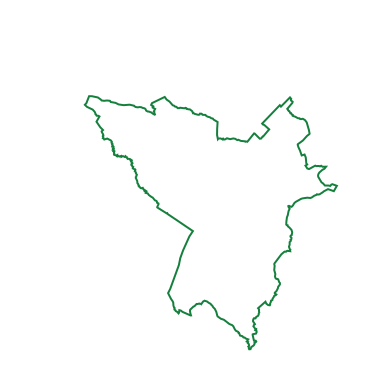 Amozoc, Puebla, Mexico (Albers equal-area conic projection), rotated 292°
{"feature_id": "50627088B614653988957", "entity_name": "Amozoc", "entity_type": "district", "adm_level": 2, "iso_a3": "MEX", "parent_name": "Mexico", "parent_adm1": "Puebla", "projection": "albers", "projection_center": [-98.054, 19.064], "detail": "fine", "context": "isolated", "style": "outline", "palette": "green", "viewbox_px": 384, "rotation_deg": 292, "n_neighbors": 0, "source": "geoboundaries", "source_scale": "gbopen_adm2", "svg_char_len": 6025}
<svg xmlns="http://www.w3.org/2000/svg" viewBox="0 0 384 384"><g transform="rotate(292 192 192)"><path d="M312.3,251.7L313.4,251.5L313.9,249.6L314.6,249.1L315.5,249.1L316.4,247.4L304.5,242.5L305.4,240.9L281.7,231.4L281.1,232.7L281.3,233.4L281.0,234.5L279.0,240.1L270.2,237.2L270.2,236.9L268.4,236.2L267.6,236.2L266.8,234.9L269.7,228.1L269.6,227.6L259.3,224.5L259.1,222.9L258.6,222.6L258.7,221.6L257.7,218.3L257.8,215.4L257.1,214.5L257.5,212.0L257.1,210.2L255.3,207.6L254.9,204.3L253.1,202.9L252.6,202.0L252.6,201.7L253.2,200.9L252.7,200.3L252.2,200.4L252.4,198.5L251.5,196.4L250.7,196.2L254.2,193.9L259.9,191.7L266.5,189.5L267.2,185.0L267.9,183.7L267.6,182.2L268.0,180.7L267.7,178.2L267.9,176.7L268.5,175.6L267.5,172.8L268.0,172.1L268.1,171.3L267.6,170.0L266.6,170.0L265.9,168.9L265.4,164.9L265.9,163.7L265.5,163.3L267.0,161.9L267.8,159.1L267.2,157.2L267.4,156.5L267.0,155.8L267.6,155.2L267.6,154.5L266.7,153.5L265.7,149.4L265.1,149.0L264.4,147.4L265.1,145.6L264.8,144.4L265.3,143.2L265.2,141.6L267.4,137.3L268.2,133.8L269.9,131.1L259.4,121.6L257.4,121.5L257.0,123.9L256.3,123.7L256.3,124.2L255.5,124.2L255.2,126.7L252.5,126.4L252.2,127.1L251.2,127.4L250.0,128.6L249.7,128.4L250.0,126.1L250.5,124.7L250.4,121.8L250.0,120.6L250.3,119.0L251.4,117.9L251.8,116.8L251.5,114.7L251.6,113.2L251.1,111.5L250.2,110.1L249.7,108.0L250.0,106.3L250.3,106.0L249.6,101.5L246.9,96.1L245.7,91.1L246.0,87.7L245.0,82.9L245.8,81.8L245.6,80.9L244.9,78.7L243.6,76.3L243.0,73.9L243.6,72.7L244.4,69.3L243.3,63.2L242.3,60.7L234.8,60.8L232.7,60.0L231.6,62.7L231.2,69.1L229.9,71.7L228.2,73.5L227.9,73.5L227.7,74.2L227.0,75.0L227.6,76.7L227.4,77.9L221.4,77.1L217.6,82.8L216.1,86.3L214.4,85.5L213.7,86.0L212.4,87.7L211.4,88.6L210.6,88.3L210.2,88.4L209.7,89.3L208.5,89.2L208.4,90.1L207.8,91.0L209.8,93.4L209.4,97.5L208.5,98.9L207.5,98.9L207.1,100.0L206.3,100.0L206.1,100.6L204.4,100.9L204.9,101.9L204.5,102.4L203.9,102.3L203.1,103.1L202.6,102.5L202.1,103.0L201.4,102.8L201.4,103.8L200.4,103.8L200.6,104.8L199.2,104.9L198.7,105.5L197.9,105.4L197.3,105.9L197.5,108.0L198.1,108.6L197.1,108.8L196.9,109.4L197.1,109.7L198.0,109.6L197.7,111.4L198.9,112.8L198.1,113.3L199.4,114.5L199.3,116.4L200.3,116.9L199.6,117.7L199.8,118.6L199.3,118.8L198.6,120.0L199.0,120.5L199.3,122.3L198.8,124.4L198.0,124.5L197.8,123.7L197.2,124.4L196.8,125.6L196.4,126.0L195.4,125.4L194.5,125.5L194.4,126.3L193.7,126.7L193.3,128.1L192.0,128.0L191.7,128.4L191.5,130.3L191.7,130.8L191.3,131.3L189.9,131.1L189.2,132.6L188.3,133.0L187.3,134.5L186.5,134.3L185.3,134.6L184.8,134.3L184.0,134.6L181.8,137.0L179.6,138.2L179.3,139.0L178.4,139.6L178.2,140.3L177.3,140.5L176.9,142.1L176.5,142.5L176.4,143.5L177.4,144.8L176.4,145.8L176.2,147.0L175.7,147.0L174.9,147.8L175.0,148.4L175.8,148.8L175.6,149.6L173.8,149.5L174.1,151.5L173.0,153.2L172.2,156.5L172.1,157.7L170.4,160.7L170.4,162.3L170.1,162.9L168.9,163.7L168.9,165.1L168.4,165.5L164.9,165.4L164.6,165.9L162.7,176.5L163.1,177.0L162.5,177.6L162.3,178.4L156.1,207.5L149.8,206.2L134.5,205.6L126.3,205.9L119.4,207.2L94.0,208.1L89.3,207.7L85.0,212.6L83.5,214.9L82.5,216.0L79.8,217.3L78.2,218.6L77.9,219.4L76.7,219.5L76.3,219.9L76.2,220.9L75.5,221.5L75.3,223.3L74.4,225.0L75.2,225.2L77.7,224.5L77.9,226.0L77.3,228.0L77.0,236.9L77.2,237.3L78.4,236.3L80.8,234.7L82.2,234.4L86.4,236.3L86.9,237.0L89.9,238.2L90.2,239.1L91.3,240.5L91.2,241.2L91.7,242.1L91.5,242.6L94.5,243.3L95.9,244.3L96.1,247.0L95.5,249.1L95.3,251.1L94.7,252.0L94.2,253.4L93.1,254.8L92.2,256.9L90.0,259.4L86.6,261.9L86.2,262.5L85.3,266.2L85.5,269.4L83.6,276.1L83.6,279.1L83.0,280.6L80.9,282.9L79.8,284.6L79.6,287.3L78.7,288.0L78.9,288.5L76.9,290.3L77.2,292.8L76.4,294.2L76.8,295.3L76.3,296.7L76.4,299.2L75.5,298.8L74.9,299.3L73.9,298.9L73.9,300.2L72.9,300.2L72.2,301.7L70.8,302.6L69.8,302.1L69.2,303.0L68.0,303.4L67.6,304.0L68.2,305.1L70.5,305.1L72.9,306.7L74.7,306.9L75.5,306.4L76.7,307.4L77.4,307.6L78.0,306.8L77.4,305.1L82.3,301.7L82.8,301.6L83.1,301.9L84.7,304.4L86.5,304.4L87.5,303.7L87.5,302.7L88.4,303.1L88.9,302.9L88.4,302.3L88.5,302.0L89.7,300.7L90.4,299.3L91.8,299.2L93.0,299.9L94.9,297.1L96.1,296.6L97.7,296.6L98.3,296.9L98.3,297.6L98.6,298.2L100.4,298.4L101.6,299.5L103.2,299.8L104.2,299.4L105.5,299.5L106.1,299.0L108.3,298.1L109.0,296.8L117.8,301.2L116.3,302.7L116.1,303.5L115.7,304.9L116.1,306.6L116.7,306.7L117.9,306.2L119.5,306.3L120.9,306.0L121.8,307.0L123.4,306.7L124.9,307.1L126.4,307.1L127.7,308.3L128.6,308.6L128.9,306.8L129.7,306.5L131.7,307.4L134.8,307.7L136.6,307.4L137.9,307.9L139.4,308.1L140.6,307.6L141.1,306.6L143.3,304.6L143.4,303.8L143.1,303.3L143.2,302.0L144.7,300.6L147.2,300.0L150.4,297.5L154.5,296.3L155.9,295.3L156.5,295.2L167.7,298.2L171.0,299.9L171.6,300.5L171.8,301.5L172.8,302.0L173.2,302.5L173.9,305.2L174.4,304.8L175.3,304.8L175.5,304.2L177.6,302.4L179.7,302.3L182.1,301.3L183.7,301.9L184.5,301.3L185.0,301.8L186.1,301.6L186.8,301.4L187.4,300.1L187.9,299.8L188.6,299.9L189.5,300.6L192.2,300.0L194.1,298.5L195.5,295.7L196.1,293.7L197.0,293.1L196.8,292.3L197.1,291.6L199.9,290.6L204.1,289.5L206.3,289.5L210.4,288.7L213.1,288.8L214.2,287.2L215.0,286.6L215.5,287.1L215.4,289.6L216.1,290.2L217.7,290.7L220.0,291.0L221.6,291.8L226.4,295.6L227.5,296.9L229.9,301.0L230.8,304.0L231.8,305.1L234.3,306.7L235.8,308.3L236.7,308.7L236.7,309.6L237.6,311.1L240.8,313.4L241.9,313.9L245.6,317.0L245.9,323.2L252.0,324.0L251.8,319.2L251.0,318.4L249.4,317.9L249.1,316.0L247.8,312.8L249.0,310.4L249.5,308.4L253.4,303.3L254.8,302.6L256.3,302.5L257.8,302.8L261.4,304.6L263.2,306.1L265.7,306.8L264.3,303.5L264.7,301.9L263.7,301.1L263.7,300.0L262.6,297.5L262.6,296.4L257.1,291.9L257.0,290.1L259.0,287.3L260.6,288.5L261.5,287.2L266.7,284.5L268.9,282.3L267.0,280.0L271.0,276.5L273.5,273.8L275.4,272.3L275.9,272.2L281.2,275.5L287.0,277.6L289.6,279.1L290.1,279.2L293.1,277.3L299.5,272.3L301.0,269.8L301.4,267.3L300.4,265.8L300.2,264.6L300.6,264.1L300.1,262.6L300.5,259.3L300.3,257.1L300.4,256.7L301.2,256.6L301.4,255.2L302.2,254.4L301.9,253.7L303.4,252.0L303.3,251.4L304.0,250.2L304.6,249.9L304.8,249.2L312.3,251.7Z" fill="none" stroke="#15803d" stroke-width="2"/></g></svg>